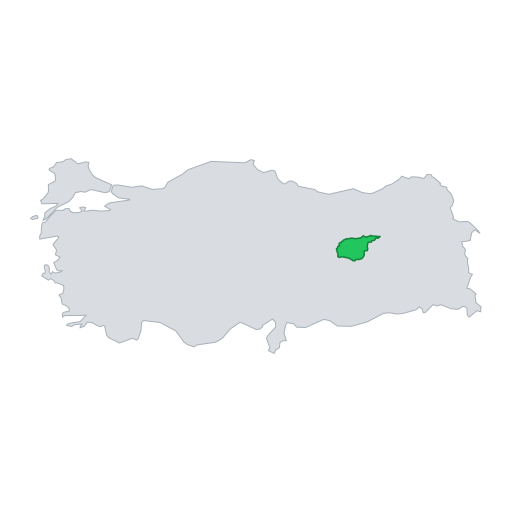 Tunceli highlighted on a map of Turkey
{"feature_id": "TUR-3045", "entity_name": "Tunceli", "entity_type": "Province", "adm_level": 1, "iso_a3": "TUR", "parent_name": "Turkey", "parent_adm1": "", "projection": "equal_earth", "projection_center": [39.524, 39.174], "detail": "fine", "context": "in_parent", "style": "filled", "palette": "green", "viewbox_px": 512, "rotation_deg": 0, "n_neighbors": 0, "source": "natural_earth", "source_scale": "10m", "svg_char_len": 4979}
<svg xmlns="http://www.w3.org/2000/svg" viewBox="0 0 512 512"><path d="M401.7,176.2L409.0,178.8L411.4,176.8L418.0,177.1L424.0,178.5L427.2,174.3L431.4,174.8L432.2,176.9L434.2,177.7L440.5,183.2L439.8,183.9L441.3,185.9L446.6,187.2L447.2,190.0L451.4,194.1L453.7,200.5L452.5,205.0L450.2,207.8L453.7,217.5L452.7,218.8L459.2,221.9L467.4,221.4L470.0,222.8L478.0,230.5L480.1,233.4L474.6,229.8L471.6,232.9L470.2,240.5L461.6,241.9L463.0,246.8L465.4,249.1L464.7,253.8L465.3,255.6L467.8,258.7L467.5,262.9L468.6,267.4L468.7,272.7L472.4,274.4L470.8,276.8L467.0,287.7L467.3,288.6L470.0,288.8L476.1,293.9L475.1,295.5L475.9,302.5L481.3,307.1L480.5,309.4L480.7,311.8L476.9,310.7L469.3,317.0L468.4,316.8L467.3,314.6L466.9,308.4L465.1,306.7L462.6,306.4L458.5,309.2L454.6,309.1L450.8,308.6L440.7,304.7L437.0,306.0L433.1,304.5L425.6,312.2L423.3,312.8L422.1,309.0L419.5,306.9L416.1,309.8L403.1,313.4L397.1,314.1L389.8,312.8L383.8,313.2L367.4,321.8L351.6,326.3L337.4,326.0L329.7,320.6L323.7,319.4L305.6,327.5L296.7,327.2L293.8,323.9L287.0,322.5L285.5,325.7L284.0,333.4L286.3,340.5L282.5,340.9L280.0,342.5L279.3,347.8L275.7,349.9L274.5,353.2L273.9,353.3L268.3,350.6L269.9,348.0L266.5,338.1L268.3,335.0L275.7,327.0L275.6,322.4L272.5,319.1L263.1,325.0L262.2,327.2L260.1,329.0L256.6,329.7L240.3,322.1L230.5,328.8L222.0,338.6L215.7,342.2L197.2,344.9L193.9,346.8L187.7,344.7L184.0,342.1L175.9,331.0L160.1,322.5L143.2,320.5L141.7,322.7L140.8,331.3L137.8,339.4L136.3,340.2L132.7,338.2L119.5,343.0L108.5,337.6L106.7,335.3L104.6,326.0L103.0,325.3L101.2,326.6L99.3,326.5L91.5,322.5L87.2,322.2L84.4,326.2L80.1,327.8L80.1,326.7L81.9,324.1L75.1,324.6L71.5,326.5L66.7,325.4L67.1,324.3L71.1,323.0L80.1,321.6L86.1,315.3L64.7,315.6L62.6,317.0L62.4,313.8L63.7,312.3L69.4,311.1L69.2,308.4L65.9,305.5L62.2,304.0L60.9,297.3L59.1,295.5L59.4,294.6L62.9,293.4L63.9,288.5L63.6,285.5L56.9,282.8L55.3,283.1L53.8,280.5L50.9,278.6L48.4,280.1L41.8,276.1L43.2,273.2L44.9,273.3L45.3,271.0L44.2,267.2L44.5,265.3L46.0,264.8L47.7,265.1L49.3,267.4L49.2,271.7L51.0,274.3L52.4,271.7L55.5,273.1L61.2,271.8L62.3,270.7L58.2,270.8L56.7,269.7L53.7,262.6L57.3,260.6L60.0,257.1L55.4,254.8L56.6,250.0L52.9,244.5L58.7,237.6L58.5,236.6L56.8,236.1L39.8,239.1L39.7,236.0L41.2,233.2L41.5,226.6L42.4,223.0L45.6,221.9L49.7,216.6L56.3,210.3L62.7,210.4L65.4,208.7L69.2,208.6L70.2,211.1L73.4,212.8L79.3,212.5L82.2,210.9L79.7,207.8L83.1,206.9L85.7,207.6L84.1,210.9L84.9,211.3L92.6,210.2L100.5,211.1L109.4,210.6L110.6,209.6L104.5,206.2L108.6,203.3L110.9,202.7L129.5,200.0L129.6,199.3L118.4,197.8L112.7,193.8L111.2,191.7L112.7,186.5L114.0,185.2L118.0,185.0L131.8,187.3L141.8,185.9L152.5,189.4L162.9,188.7L165.1,187.1L167.9,182.2L182.8,174.0L188.1,169.7L211.0,161.4L245.0,162.8L251.0,159.6L254.4,160.7L253.4,162.8L253.5,164.8L257.5,169.7L263.5,172.6L271.9,170.2L275.0,171.1L277.8,178.9L283.0,183.6L285.4,183.9L288.6,181.2L291.7,180.9L296.6,183.5L298.3,186.3L314.6,189.5L317.9,191.9L328.9,194.3L353.3,188.7L362.2,192.5L369.7,193.7L372.9,193.1L382.7,188.7L385.7,186.1L391.9,184.0L399.5,179.0L401.7,176.2ZM88.9,162.5L88.1,165.9L89.3,169.7L92.4,175.0L95.7,177.7L111.9,184.9L109.2,191.7L105.0,192.7L91.0,189.5L85.1,192.2L81.0,191.5L75.1,192.8L73.3,196.8L69.0,201.5L57.3,207.3L46.2,218.8L43.1,220.3L44.7,216.4L44.8,213.0L49.6,209.0L56.1,205.9L58.0,203.4L41.9,203.8L40.6,200.3L42.3,199.6L47.8,193.3L48.5,190.8L48.4,184.7L55.0,181.1L55.6,179.7L55.0,173.6L49.1,170.1L49.4,168.4L53.8,166.8L56.5,162.6L62.8,161.8L65.8,159.7L71.3,158.7L77.7,163.9L85.8,161.9L88.9,162.5ZM37.8,218.4L32.3,219.4L30.7,218.5L32.5,216.6L36.8,215.3L38.0,217.2L37.8,218.4Z" fill="#d9dde1" stroke="#a8b0b8" stroke-width="1"/><path d="M370.9,235.5L371.1,235.5L372.0,235.8L372.5,236.1L376.0,236.2L377.9,236.5L379.8,236.6L378.9,237.7L377.7,238.3L377.1,238.2L376.0,238.0L375.6,238.3L375.0,239.7L373.9,240.5L372.7,240.5L371.7,240.9L371.5,241.5L371.3,242.1L370.9,242.2L369.3,242.1L368.1,242.5L367.8,243.1L367.6,244.6L367.4,245.4L367.2,246.2L367.7,248.6L367.6,249.6L367.2,250.6L365.9,250.7L364.7,250.9L364.3,251.3L364.0,251.8L364.2,253.0L364.3,254.1L364.0,255.5L363.4,256.8L361.9,258.5L359.7,259.4L357.4,259.5L356.6,259.5L355.8,259.6L355.2,260.4L354.4,261.0L353.8,260.8L353.3,260.5L352.9,260.6L352.7,260.6L352.1,260.0L351.7,259.6L350.6,259.3L349.6,258.5L348.5,258.0L347.5,257.9L346.6,257.6L345.8,257.6L345.1,257.1L344.9,257.1L344.4,257.2L344.2,257.2L343.2,256.8L341.3,256.9L339.4,257.4L338.8,257.4L337.8,256.4L337.8,255.5L338.1,254.7L338.1,253.8L337.2,252.4L337.0,250.5L336.8,250.3L336.6,250.2L336.5,249.4L336.6,248.7L336.8,248.5L337.5,248.2L337.8,246.5L338.4,246.1L339.0,246.0L339.6,245.6L339.3,245.0L339.0,244.1L339.4,243.1L340.8,242.6L341.1,242.4L341.3,241.9L341.7,241.4L342.4,241.4L342.9,241.1L343.4,240.3L344.0,239.8L346.3,238.9L347.6,238.6L348.8,238.8L349.8,238.6L350.7,238.1L352.6,238.2L354.4,238.6L356.2,238.6L359.8,238.1L361.5,237.5L362.5,236.2L363.4,235.9L364.7,236.6L366.5,237.1L368.7,236.3L369.2,236.2L370.1,235.8L370.8,235.6L370.9,235.5Z" fill="#22c55e" stroke="#15803d" stroke-width="1.5"/></svg>